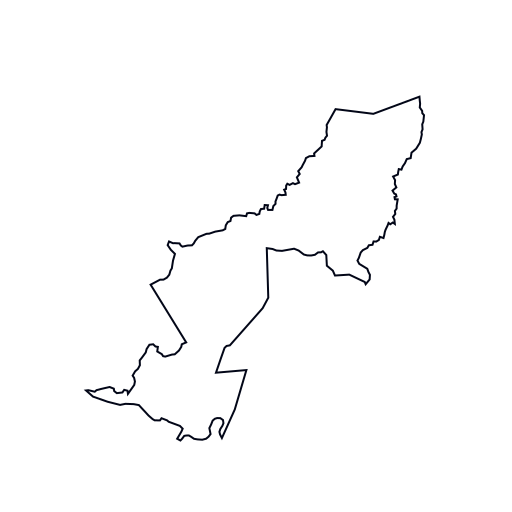 the district of Butiá, Rio Grande do Sul, Brazil, rotated 196°
{"feature_id": "56859067B28463272232209", "entity_name": "Butiá", "entity_type": "district", "adm_level": 2, "iso_a3": "BRA", "parent_name": "Brazil", "parent_adm1": "Rio Grande do Sul", "projection": "natural_earth1", "projection_center": [-52.0, -30.187], "detail": "fine", "context": "isolated", "style": "outline", "palette": "ink", "viewbox_px": 512, "rotation_deg": 196, "n_neighbors": 0, "source": "geoboundaries", "source_scale": "gbopen_adm2", "svg_char_len": 3276}
<svg xmlns="http://www.w3.org/2000/svg" viewBox="0 0 512 512"><g transform="rotate(196 256 256)"><path d="M382.3,79.9L373.9,75.9L358.5,75.0L345.6,75.4L340.8,77.9L332.7,79.9L327.5,80.4L315.3,73.0L310.4,70.7L308.1,70.1L303.0,71.5L302.1,74.0L296.2,73.5L294.3,72.6L282.3,71.7L278.9,69.8L279.3,66.7L281.4,58.6L277.8,57.8L276.7,59.9L275.4,63.3L273.6,64.2L271.1,65.0L268.4,64.3L265.2,63.2L261.6,63.6L257.0,64.6L253.6,66.6L251.8,69.2L250.6,72.3L253.4,77.7L252.7,81.6L252.3,85.8L250.7,88.2L248.7,89.5L245.6,90.3L242.5,89.2L241.2,86.3L241.5,83.5L242.6,79.9L242.7,76.9L241.4,74.6L238.6,71.6L234.1,102.6L233.8,143.7L262.3,132.8L261.6,146.8L260.9,159.0L259.5,161.4L256.5,162.9L235.2,207.7L233.3,216.5L232.7,219.3L247.8,266.5L242.0,267.3L237.9,266.9L232.4,268.1L221.4,273.5L216.5,273.0L210.4,270.6L206.9,270.7L203.1,271.7L199.7,273.4L197.3,276.6L194.6,277.4L193.0,279.0L188.7,276.3L185.2,266.2L178.1,263.1L174.7,259.0L161.2,263.8L144.3,261.0L142.8,259.1L140.3,264.8L141.3,269.3L143.5,271.6L145.5,274.4L154.6,276.9L157.2,279.6L156.6,282.6L156.3,288.2L154.9,291.1L151.2,294.5L150.5,297.4L147.1,298.9L147.0,302.4L144.4,303.0L142.3,305.3L142.2,308.6L138.4,308.4L138.5,311.8L138.8,314.6L138.7,316.9L137.9,321.7L137.7,324.3L135.7,323.5L133.7,325.9L131.4,325.1L133.0,329.1L135.1,331.4L133.7,334.8L134.9,337.6L133.9,340.3L134.7,343.3L135.4,349.5L138.1,348.8L139.1,350.8L137.4,352.0L138.4,353.8L140.3,354.1L142.8,356.5L140.0,360.6L142.4,363.5L143.2,367.2L146.1,370.2L142.1,373.4L142.5,376.2L142.7,378.9L140.0,379.1L139.7,382.5L138.4,386.3L137.8,390.7L134.3,392.7L135.0,398.2L131.6,403.3L129.7,410.0L129.8,414.1L130.1,418.6L131.1,420.7L130.8,423.7L132.5,428.4L132.2,431.3L133.3,437.7L135.5,439.1L136.3,441.3L139.5,443.9L140.2,447.6L141.4,450.5L142.8,454.2L182.4,425.0L200.3,422.2L220.0,419.1L222.4,408.9L224.2,401.4L223.3,399.3L222.5,394.7L220.9,391.2L221.9,388.9L222.1,386.6L224.3,384.9L223.1,379.4L228.4,370.6L227.4,368.3L232.2,366.6L235.0,363.9L235.1,361.1L236.2,356.1L236.6,353.8L238.8,349.2L236.6,346.9L238.4,342.9L234.8,338.4L238.3,335.8L240.6,336.2L243.3,333.6L245.8,334.1L246.4,332.0L245.6,328.7L247.2,327.5L245.2,325.2L244.3,323.0L248.3,321.5L250.3,321.5L251.8,320.1L252.0,316.8L252.3,313.8L251.6,311.5L253.1,308.8L252.9,304.8L257.1,303.6L258.4,305.3L258.5,308.1L261.7,307.4L261.2,303.7L264.2,302.5L264.7,299.8L264.4,297.4L266.9,295.6L269.1,296.6L274.3,295.6L276.4,294.5L276.4,291.6L283.2,290.5L288.7,288.4L290.5,286.0L290.2,282.6L292.5,280.8L293.5,277.2L293.0,273.5L295.1,271.5L301.9,268.2L307.1,264.6L309.7,263.7L316.7,258.2L318.6,253.9L319.3,250.9L320.5,248.6L324.7,247.2L329.3,244.7L331.2,245.4L333.0,247.0L337.5,246.0L339.4,245.4L343.6,246.0L343.9,242.1L339.6,238.5L334.5,235.7L334.5,228.7L333.5,220.9L334.2,218.4L334.2,214.1L335.7,210.6L338.4,207.8L341.7,206.8L349.4,199.4L299.3,153.7L303.0,150.7L302.8,148.0L304.0,143.9L307.0,139.1L309.6,138.1L315.5,134.3L317.7,134.1L319.5,135.7L324.6,137.0L325.3,141.6L327.7,141.3L330.5,142.8L334.0,141.3L335.5,136.4L335.4,132.9L337.7,126.7L339.0,123.6L337.5,119.0L338.4,114.9L340.4,111.8L341.6,107.0L339.6,105.3L337.8,102.0L337.5,98.5L341.1,88.2L342.4,91.1L345.8,91.0L346.8,88.0L352.0,85.8L355.1,87.1L356.1,89.3L360.7,89.7L368.6,85.3L370.2,84.3L372.3,83.1L373.6,81.1L380.2,80.8L382.3,79.9Z" fill="none" stroke="#020617" stroke-width="2"/></g></svg>